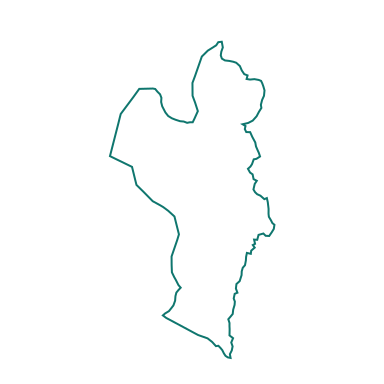 outline of Curvelândia, Mato Grosso, Brazil, rotated 13°
{"feature_id": "56859067B66789181731142", "entity_name": "Curvelândia", "entity_type": "district", "adm_level": 2, "iso_a3": "BRA", "parent_name": "Brazil", "parent_adm1": "Mato Grosso", "projection": "natural_earth1", "projection_center": [-57.857, -15.622], "detail": "fine", "context": "isolated", "style": "outline", "palette": "teal", "viewbox_px": 384, "rotation_deg": 13, "n_neighbors": 0, "source": "geoboundaries", "source_scale": "gbopen_adm2", "svg_char_len": 2326}
<svg xmlns="http://www.w3.org/2000/svg" viewBox="0 0 384 384"><g transform="rotate(13 192 192)"><path d="M266.3,333.3L264.1,329.8L264.9,325.2L260.8,323.3L260.1,319.9L259.5,317.1L258.7,314.3L258.0,311.2L256.0,307.8L257.5,304.9L259.1,301.7L258.6,297.3L258.9,292.5L258.4,289.1L256.6,286.4L256.5,281.6L258.9,279.9L256.5,276.2L256.0,271.7L258.5,268.1L259.0,261.8L258.3,258.1L258.5,254.4L260.1,251.4L259.9,246.6L259.3,243.0L259.2,239.0L263.2,239.0L262.9,235.8L265.6,232.1L263.2,230.0L265.1,228.3L263.2,224.4L266.3,223.9L266.5,218.8L270.9,216.4L273.6,218.1L277.1,217.5L278.8,213.2L280.0,209.6L279.7,205.4L277.3,204.2L275.2,201.7L272.5,198.9L271.5,196.1L270.4,191.2L268.1,184.8L266.3,181.1L264.1,182.7L259.5,180.2L256.0,179.5L253.5,178.0L251.3,175.7L251.3,170.0L252.6,166.5L249.1,165.6L247.1,161.2L244.2,160.0L241.3,156.8L243.2,154.1L244.2,151.4L244.8,146.3L247.3,145.2L250.3,142.1L248.3,138.8L246.6,136.6L244.1,133.2L242.5,129.5L238.3,124.7L235.2,120.6L231.4,121.4L229.3,118.8L229.3,115.7L226.1,114.6L231.2,112.1L235.1,108.8L237.9,103.7L239.2,98.8L240.7,94.5L239.5,91.6L239.6,86.6L240.5,82.1L239.8,76.7L237.8,73.1L236.0,70.3L234.3,68.2L231.8,67.8L227.4,68.0L223.2,69.4L219.8,69.6L219.9,65.9L216.4,65.4L213.2,62.4L210.3,58.5L206.0,56.1L202.9,55.8L198.9,55.9L194.5,56.4L191.1,55.3L189.3,52.4L189.0,48.7L189.5,44.2L187.2,38.9L183.9,40.1L182.6,43.6L178.2,48.1L175.6,50.7L171.1,57.8L168.8,78.8L167.9,85.6L170.9,98.1L174.9,104.2L179.5,111.9L177.9,120.0L177.0,123.9L174.1,124.6L171.7,125.7L168.1,125.2L164.5,125.7L159.7,125.3L155.8,124.7L151.7,123.3L148.2,120.5L143.7,115.2L141.7,111.3L141.0,107.1L138.9,104.0L135.7,102.0L133.0,99.9L130.6,100.0L117.4,103.4L113.5,112.7L105.0,132.0L104.9,135.9L104.8,142.3L104.0,175.5L111.7,177.3L117.5,178.6L120.9,179.4L127.9,181.0L133.5,192.1L136.3,197.6L144.5,202.6L155.8,209.8L164.0,212.1L167.4,213.2L173.1,215.7L180.4,219.8L188.8,236.2L188.4,242.1L186.6,259.4L188.6,267.8L190.5,274.8L193.8,278.9L196.0,281.3L199.7,285.7L202.5,287.8L200.9,290.5L199.4,293.5L199.3,297.2L200.0,301.7L199.4,306.7L198.0,309.8L196.3,313.3L193.1,316.4L191.4,318.8L195.2,320.5L218.8,326.9L226.1,328.9L230.2,330.0L240.1,331.1L245.4,333.6L250.0,336.8L252.3,335.9L254.9,337.6L257.1,339.3L259.4,342.1L261.5,344.1L264.1,345.1L266.9,345.0L265.4,341.5L266.4,337.5L266.3,333.3Z" fill="none" stroke="#0f766e" stroke-width="2"/></g></svg>